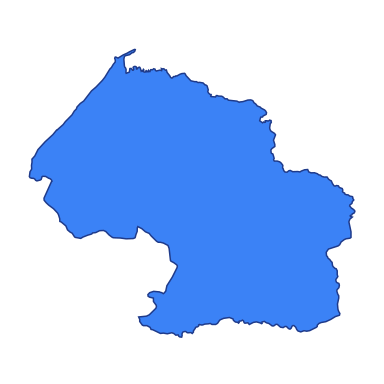 Liúpo, Nampula, Mozambique (Albers equal-area conic projection), rotated 177°
{"feature_id": "85939544B62807674730552", "entity_name": "Liúpo", "entity_type": "district", "adm_level": 2, "iso_a3": "MOZ", "parent_name": "Mozambique", "parent_adm1": "Nampula", "projection": "albers", "projection_center": [40.01, -15.693], "detail": "fine", "context": "isolated", "style": "filled", "palette": "blue", "viewbox_px": 384, "rotation_deg": 177, "n_neighbors": 0, "source": "geoboundaries", "source_scale": "gbopen_adm2", "svg_char_len": 5906}
<svg xmlns="http://www.w3.org/2000/svg" viewBox="0 0 384 384"><g transform="rotate(177 192 192)"><path d="M251.9,319.4L252.6,320.2L252.9,321.4L253.1,328.3L252.4,330.9L251.3,331.6L247.1,332.4L244.7,334.1L243.1,334.4L241.7,335.7L241.2,337.2L242.0,337.4L247.1,335.3L249.6,334.0L253.5,332.5L258.9,329.6L261.1,330.8L261.8,330.6L262.2,329.5L261.7,327.8L261.9,325.8L264.0,323.5L265.9,320.6L267.5,319.2L273.0,311.2L275.6,308.2L282.3,301.9L287.1,298.2L295.4,288.5L298.9,286.3L302.4,282.9L303.1,281.0L305.3,279.0L307.8,275.3L314.8,268.9L317.1,266.1L323.6,260.9L323.9,261.0L327.9,256.6L336.0,249.9L343.6,242.4L347.1,236.2L350.1,233.2L350.2,230.1L350.9,227.0L350.9,223.3L352.7,220.7L353.6,215.9L352.9,214.7L351.3,214.1L349.4,213.9L348.1,212.9L347.6,211.9L346.3,211.2L342.8,211.9L342.0,212.4L340.9,215.2L340.2,215.5L337.3,215.2L334.5,213.3L332.7,212.5L331.5,211.0L331.3,210.0L331.8,209.7L340.1,193.6L340.1,191.5L338.1,188.8L335.8,186.4L331.2,182.6L327.3,178.0L326.5,176.2L325.5,172.3L325.5,169.5L324.2,168.9L319.7,164.7L318.3,160.7L315.9,158.4L313.8,157.1L311.7,153.4L311.0,152.8L305.5,151.5L303.3,152.7L298.2,154.4L295.1,155.1L294.1,155.5L293.5,156.3L290.3,156.5L286.3,158.2L282.3,158.2L280.1,157.0L277.1,153.5L273.9,150.8L272.6,150.4L266.0,149.8L260.2,148.7L253.1,148.6L251.4,149.2L251.0,149.8L250.3,152.2L248.8,155.6L248.5,159.0L247.9,160.3L244.0,158.0L240.6,154.7L236.9,152.9L235.1,150.3L230.0,144.7L228.4,143.6L226.0,143.4L223.2,142.5L218.8,139.9L217.8,136.8L217.1,124.8L216.6,124.0L213.9,122.4L211.1,120.1L210.5,119.0L210.8,117.4L216.2,107.9L222.0,99.7L223.4,94.4L225.1,92.6L226.0,92.0L227.5,93.1L228.9,93.4L229.5,93.9L235.5,94.8L239.5,93.7L241.4,91.9L241.3,90.2L239.7,89.1L236.1,88.1L236.2,84.6L233.7,80.8L233.5,79.6L234.0,78.0L235.0,77.0L241.1,71.6L244.0,70.4L251.8,70.0L250.9,67.6L251.0,65.4L248.6,61.7L247.5,61.1L244.0,60.9L240.9,59.0L240.1,56.9L238.4,56.5L230.9,52.4L228.1,52.6L224.1,51.7L219.5,52.5L217.5,51.6L215.7,49.9L213.3,50.0L212.8,48.7L211.8,47.9L209.9,47.6L209.4,49.1L209.4,50.8L208.7,52.3L208.0,52.8L206.2,53.1L205.4,52.9L204.2,51.8L203.4,51.6L200.4,51.7L199.2,50.7L197.9,52.0L197.9,53.1L195.8,55.8L195.7,56.3L194.9,56.9L193.4,57.1L192.2,58.1L192.3,58.9L191.5,59.3L189.6,58.7L188.2,58.7L186.3,59.4L182.6,59.5L180.7,59.8L179.0,58.7L175.3,58.5L173.4,59.5L171.1,62.5L170.0,63.1L166.9,64.2L161.2,64.7L157.7,63.1L157.3,61.6L155.5,59.9L153.4,59.5L152.4,58.6L151.7,59.3L152.0,59.9L151.6,60.6L149.9,60.6L148.3,61.4L147.4,60.7L146.8,58.8L146.0,58.2L143.1,58.5L141.7,56.7L137.4,58.6L134.4,58.9L130.5,57.6L129.6,56.9L128.9,57.1L128.9,58.5L126.5,59.0L124.6,57.5L122.1,56.7L119.0,54.1L117.4,54.0L115.0,55.5L113.7,55.3L110.7,52.4L108.1,51.8L106.1,52.9L104.7,52.7L102.8,50.6L101.7,50.0L101.1,50.0L100.0,50.9L99.2,52.7L98.1,53.4L97.1,53.2L95.5,51.5L94.6,49.2L93.5,47.7L90.7,46.6L87.4,47.6L84.7,47.0L81.7,47.4L75.0,50.3L74.0,51.1L73.9,52.4L72.1,54.1L69.8,54.9L65.1,55.5L60.1,57.5L55.3,60.1L51.2,61.2L50.7,62.9L51.8,65.1L52.4,67.2L52.6,72.5L51.0,78.4L50.9,80.7L51.8,82.4L52.6,85.6L52.2,86.9L50.3,88.8L49.7,91.2L50.1,93.0L52.0,93.9L52.6,94.7L53.0,96.3L52.9,97.1L50.8,99.9L51.3,102.0L51.1,105.7L52.0,107.8L53.3,108.3L54.9,110.0L55.5,111.2L55.8,114.5L56.5,115.1L58.0,117.4L59.4,118.6L59.9,119.4L60.1,120.4L61.0,121.3L61.1,124.8L58.7,127.9L48.9,130.5L47.3,131.6L45.7,134.3L42.6,136.4L40.7,137.2L36.7,137.6L35.6,138.3L35.3,143.9L36.9,154.0L35.8,156.6L33.2,158.6L35.1,159.4L35.2,160.2L33.5,160.8L33.0,161.9L31.4,162.3L31.0,163.2L30.4,163.7L30.5,164.8L31.2,165.7L31.9,166.1L32.4,166.9L33.5,167.4L35.3,169.8L35.0,170.8L32.9,172.2L32.3,174.3L31.1,175.1L30.9,175.8L31.8,177.2L31.7,178.4L32.1,179.0L34.7,179.7L36.3,181.0L38.0,181.2L39.4,181.9L39.7,183.0L40.8,183.5L41.7,184.5L41.3,186.1L41.8,187.6L44.6,188.8L45.5,190.5L47.4,190.9L48.7,190.4L49.9,190.8L51.3,193.1L52.3,195.8L53.4,196.4L55.0,197.7L56.3,199.9L59.2,200.0L61.6,200.8L62.9,202.1L64.5,202.5L65.9,203.7L68.7,204.8L72.2,204.9L74.4,206.0L75.3,208.4L78.4,208.3L81.7,207.2L83.2,206.4L85.3,206.9L90.3,207.0L92.8,208.4L94.1,208.2L96.1,206.8L98.1,207.1L99.3,208.6L99.7,210.4L100.3,211.3L99.9,213.9L101.4,216.2L102.8,217.5L105.2,218.4L108.1,218.6L108.5,219.0L108.8,220.2L108.2,221.3L109.0,224.9L109.4,225.9L110.6,226.4L110.9,227.0L111.0,229.9L109.8,231.3L106.9,233.1L106.8,235.1L107.9,239.5L105.6,244.7L106.5,246.2L109.9,248.6L110.8,250.2L111.1,251.9L110.2,256.5L109.4,256.9L109.1,257.7L109.4,258.5L109.3,259.2L110.7,259.7L111.7,259.0L112.6,258.9L113.2,259.2L115.1,259.3L115.1,257.9L115.7,257.7L116.7,258.2L117.9,257.4L120.7,259.6L119.5,263.1L117.6,263.2L117.0,264.2L113.9,265.6L113.4,267.3L114.3,269.2L115.3,270.2L118.5,272.1L119.4,273.2L122.3,274.5L123.6,276.4L125.6,278.1L126.1,279.5L127.0,280.3L128.5,280.9L131.4,280.9L136.4,279.6L139.7,279.4L140.1,279.1L142.4,280.4L150.9,281.8L152.0,283.2L154.2,283.3L155.8,285.1L157.3,286.1L160.5,286.4L161.8,287.0L162.7,287.0L163.5,285.7L168.0,286.3L168.3,286.7L167.7,288.0L167.9,288.4L168.7,288.4L169.2,288.8L170.4,290.1L171.0,291.6L170.4,293.1L171.4,297.2L171.8,297.6L172.7,298.2L173.3,298.2L175.2,300.3L178.6,301.1L180.3,301.0L181.9,302.0L183.4,302.0L187.3,303.1L192.0,308.7L192.4,310.0L193.2,310.9L195.9,310.8L197.7,310.3L201.0,308.7L202.1,308.8L202.5,308.3L204.5,308.2L205.5,307.0L206.4,306.9L207.4,307.6L208.1,309.2L210.6,312.7L211.2,315.2L212.2,315.0L213.7,316.6L214.6,316.4L216.1,316.9L215.8,315.6L216.0,314.8L217.6,315.4L221.3,314.7L222.2,315.4L222.5,316.6L223.8,317.1L224.9,316.2L226.8,316.3L227.7,314.5L228.6,314.8L229.0,315.8L229.4,315.3L229.2,314.4L230.1,314.4L231.4,315.6L231.8,315.2L231.6,314.4L233.2,314.2L234.1,314.7L233.7,316.5L234.1,317.0L234.8,315.5L235.1,315.3L235.5,315.9L235.8,315.9L236.4,315.3L237.2,318.5L237.8,319.4L239.0,319.2L240.6,317.6L241.0,317.8L240.9,319.4L241.2,319.9L241.8,320.3L243.0,320.4L244.0,319.9L244.3,319.3L243.7,317.7L244.2,316.8L244.9,316.7L246.4,318.6L247.6,318.5L248.3,315.0L251.5,314.0L251.7,314.6L251.4,317.8L251.9,319.4Z" fill="#3b82f6" stroke="#1e3a8a" stroke-width="1.5"/></g></svg>